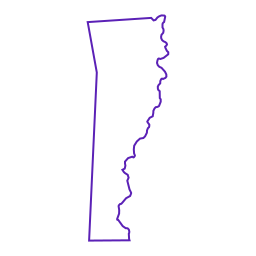 the district of Newton, Texas, United States of America
{"feature_id": "52423323B15615503962810", "entity_name": "Newton", "entity_type": "district", "adm_level": 2, "iso_a3": "USA", "parent_name": "United States of America", "parent_adm1": "Texas", "projection": "orthographic", "projection_center": [-93.622, 30.715], "detail": "fine", "context": "isolated", "style": "outline", "palette": "violet", "viewbox_px": 256, "rotation_deg": 0, "n_neighbors": 0, "source": "geoboundaries", "source_scale": "gbopen_adm2", "svg_char_len": 1701}
<svg xmlns="http://www.w3.org/2000/svg" viewBox="0 0 256 256"><path d="M159.7,91.2L158.3,89.9L157.9,88.9L157.8,86.6L158.6,85.0L160.2,83.4L160.3,81.1L161.1,79.3L161.6,78.8L162.1,78.6L162.5,78.8L163.0,79.0L165.4,77.9L166.4,76.6L166.3,74.4L165.0,71.7L161.5,67.8L159.3,66.8L157.8,65.2L157.0,62.9L157.4,60.7L157.8,59.5L158.2,58.8L158.9,58.5L160.3,59.0L163.6,57.9L168.2,54.3L168.3,52.8L168.2,52.1L166.9,50.9L165.3,47.6L165.1,46.7L165.7,46.2L166.5,45.4L167.0,44.3L166.4,43.0L165.3,42.1L163.5,41.3L162.1,40.1L161.2,38.2L161.1,36.7L161.5,34.8L163.2,32.8L163.6,30.8L163.4,29.1L162.5,27.5L162.5,25.7L162.5,24.4L162.7,23.4L163.4,22.5L164.1,22.0L165.2,16.7L164.8,15.9L164.5,15.6L161.7,15.4L160.9,15.6L159.2,16.3L157.4,17.5L155.5,19.9L153.6,20.4L151.5,18.2L151.2,17.9L87.7,22.1L96.8,72.5L89.1,240.6L129.5,240.3L129.1,239.0L128.8,233.7L129.2,232.9L129.3,231.5L128.9,229.8L128.4,229.1L127.7,228.4L126.8,228.2L125.7,228.2L122.7,226.1L118.2,219.9L117.4,219.8L117.1,219.1L119.1,213.6L119.2,210.1L118.6,206.2L118.8,205.4L120.1,204.0L121.3,203.8L122.4,202.6L126.1,198.2L130.1,196.0L131.1,193.5L131.1,192.7L129.5,189.4L127.3,180.7L128.6,177.7L127.7,174.8L125.0,173.1L123.9,172.1L122.4,169.8L124.7,168.6L125.4,165.7L125.0,163.4L125.0,161.6L128.1,158.1L132.2,156.7L132.9,157.1L133.3,157.4L133.9,157.2L134.6,156.3L134.9,155.5L134.6,154.7L134.1,153.5L133.8,149.4L134.2,145.7L136.8,141.5L140.0,138.6L143.4,138.0L145.1,136.3L146.9,132.7L147.0,130.5L147.9,128.2L149.0,127.2L149.3,126.0L149.3,124.6L147.6,122.3L147.3,121.5L149.7,117.8L152.7,116.3L153.3,113.0L153.4,110.8L154.5,108.5L155.7,107.2L157.5,106.9L158.8,106.2L159.1,105.8L160.7,101.7L160.7,99.3L159.8,98.1L159.7,91.2Z" fill="none" stroke="#5b21b6" stroke-width="2"/></svg>